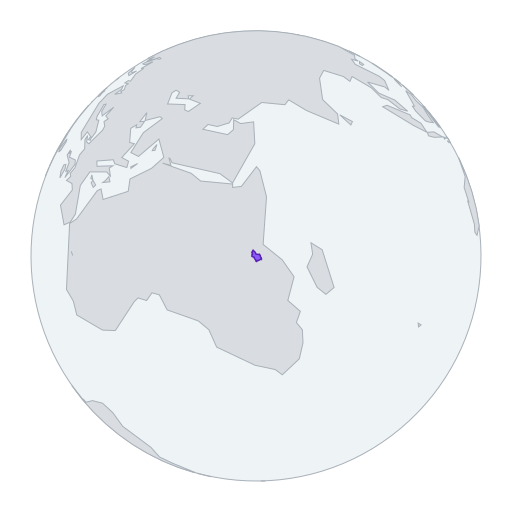 the Earth from above Dodoma, rotated 320°
{"feature_id": "TZA-3385", "entity_name": "Dodoma", "entity_type": "Region", "adm_level": 1, "iso_a3": "TZA", "parent_name": "United Republic of Tanzania", "parent_adm1": "", "projection": "orthographic", "projection_center": [35.912, -5.778], "detail": "fine", "context": "on_globe", "style": "filled", "palette": "violet", "viewbox_px": 512, "rotation_deg": 320, "n_neighbors": 0, "source": "natural_earth", "source_scale": "10m", "svg_char_len": 7550}
<svg xmlns="http://www.w3.org/2000/svg" viewBox="0 0 512 512"><g transform="rotate(320 256 256)"><circle cx="256" cy="256" r="225" fill="#eef3f6" stroke="#a8b0b8"/><path d="M31.6,236.7L31.6,238.5L31.4,247.6L31.1,253.8L31.7,254.8L31.8,258.7L37.8,261.7L43.8,270.1L45.6,283.8L44.4,300.8L52.5,335.0L52.9,348.0L59.2,361.7L70.1,382.5L69.6,382.5L60.5,368.0L52.6,352.9L45.9,337.2L40.3,321.1L36.0,304.6L33.0,287.8L31.2,270.8L30.7,253.7L31.6,236.7ZM70.9,384.4L76.1,391.4L79.8,396.4L70.9,384.4ZM117.9,434.0L115.0,431.5L116.2,432.4L118.5,434.4L117.9,434.0ZM430.7,113.7L430.7,113.8L429.8,112.6L430.7,113.7ZM426.4,108.6L428.9,111.9L433.5,117.5L434.3,118.3L435.8,120.2L439.5,125.5L447.2,136.9L454.0,148.5L460.5,165.6L458.5,168.7L459.6,172.4L455.7,166.8L455.2,172.9L466.0,197.7L467.3,204.3L464.3,214.5L463.4,209.4L453.3,194.4L454.7,210.0L462.5,225.6L465.3,242.6L460.7,235.8L457.5,220.9L453.8,215.2L452.5,201.4L445.0,180.3L440.2,182.6L438.3,174.7L427.2,157.4L419.0,160.6L407.6,179.0L409.8,199.6L404.2,208.2L388.2,177.0L381.4,157.4L375.4,158.7L359.1,142.1L330.3,139.7L326.5,134.9L321.0,136.8L309.6,131.9L303.8,124.4L296.8,124.8L312.3,144.8L319.9,144.7L326.5,137.3L329.4,144.7L340.4,151.7L327.3,169.2L285.0,185.0L281.3,169.7L251.6,130.6L252.7,126.4L252.6,125.9L252.3,125.1L249.1,131.9L244.1,124.8L259.5,151.0L261.8,163.0L284.4,185.9L282.1,188.4L289.5,193.3L313.8,187.9L313.8,193.1L302.1,217.4L268.9,251.7L273.6,275.7L271.8,296.4L251.8,310.5L254.4,326.9L244.2,332.9L244.1,342.3L236.3,352.6L223.1,362.6L199.8,363.9L197.7,355.3L185.1,339.2L167.3,300.5L172.5,282.2L170.1,268.7L153.3,240.2L157.0,223.6L152.6,217.3L143.6,219.8L138.7,212.3L133.3,212.7L100.3,222.7L90.8,214.1L80.8,186.0L87.1,173.1L89.3,159.8L134.1,111.3L142.4,112.3L176.4,103.9L180.4,105.0L175.2,114.4L199.7,124.3L209.0,116.0L232.4,121.7L248.8,121.2L256.8,104.0L230.0,104.2L226.6,96.3L249.0,89.1L272.6,90.5L272.0,87.6L258.1,80.9L264.6,76.0L253.4,78.4L257.2,81.2L250.3,83.1L246.4,80.7L248.9,78.8L242.1,77.7L232.2,87.8L235.0,91.8L216.5,94.3L219.3,101.5L213.9,105.2L207.1,94.6L208.6,90.6L195.1,80.9L191.9,85.1L204.4,94.9L200.1,94.3L195.8,101.2L195.6,95.5L182.8,84.8L166.8,89.0L144.6,107.8L135.7,110.6L129.0,108.7L138.9,91.4L157.8,87.3L161.6,82.2L159.4,76.3L165.3,75.9L166.7,73.3L174.0,72.0L185.9,65.1L193.6,63.8L199.8,56.9L204.5,55.5L199.5,59.8L200.1,62.6L219.3,61.0L223.5,59.4L226.0,55.3L230.9,55.9L230.9,52.2L242.7,50.6L228.2,49.8L230.8,46.0L238.7,43.3L236.9,42.2L224.0,46.9L221.2,49.0L222.9,50.9L213.0,58.1L206.0,59.7L206.6,52.5L196.9,54.5L201.6,49.0L233.6,38.1L246.2,36.6L263.7,40.3L260.0,42.0L251.7,41.3L257.9,44.8L258.1,43.1L262.2,43.9L265.7,41.5L268.8,42.0L266.8,39.1L271.0,39.6L272.2,41.4L280.8,39.2L290.0,40.1L290.4,39.5L288.4,38.5L301.3,40.9L301.1,40.4L296.7,39.3L293.5,37.7L292.8,36.1L297.3,37.0L298.2,37.7L306.8,41.0L308.4,43.3L310.1,43.6L309.8,41.9L299.3,37.8L297.6,36.6L303.2,38.3L301.0,37.6L301.6,37.4L306.4,38.2L300.5,36.4L300.7,35.2L316.7,39.0L332.4,44.1L347.6,50.2L362.4,57.4L376.6,65.7L390.2,75.1L403.1,85.3L415.1,96.5L426.4,108.6ZM117.5,133.7L116.0,137.6L115.9,137.7L117.5,133.7ZM297.0,101.8L311.5,103.3L305.8,92.9L310.9,92.9L307.1,89.7L305.3,92.2L296.2,83.8L302.7,81.5L301.4,77.6L296.5,77.0L286.0,82.7L299.0,94.4L295.3,98.3L297.0,101.8ZM167.4,62.7L169.3,63.6L165.7,66.5L156.0,70.1L161.1,65.6L167.4,62.7ZM172.9,64.3L176.2,57.3L182.3,55.4L178.3,57.5L182.1,57.0L176.6,60.4L179.3,66.3L176.3,69.4L160.0,73.1L167.0,69.8L164.7,68.9L172.9,64.3ZM173.7,48.6L175.2,47.2L186.6,44.8L183.9,46.5L174.1,49.6L171.5,49.4L173.7,48.6ZM230.5,32.2L229.3,32.3L230.5,32.2ZM224.7,32.9L224.9,32.9L219.7,33.7L214.8,34.6L212.0,35.1L211.3,35.4L207.8,36.1L205.9,36.7L200.3,38.0L197.4,39.0L196.4,39.1L193.0,40.5L193.0,40.1L188.5,41.5L190.9,41.2L165.3,49.8L154.8,54.7L171.6,47.1L188.9,41.0L206.6,36.2L224.7,32.9ZM154.2,55.0L145.6,59.6L145.8,59.5L154.2,55.0ZM185.8,101.2L189.0,101.4L194.3,100.6L191.8,105.3L185.8,101.2ZM176.8,93.9L179.8,93.1L178.8,98.6L175.4,98.8L176.8,93.9ZM182.4,88.3L180.1,92.6L179.3,90.4L182.4,88.3ZM202.4,59.1L205.8,58.3L205.8,59.3L203.6,60.9L202.4,59.1ZM239.4,32.9L237.4,32.7L238.7,32.5L238.6,31.8L243.4,31.5L245.3,31.8L239.4,32.9ZM251.7,106.9L246.5,110.2L244.2,108.6L246.5,107.7L251.7,106.9ZM217.3,107.2L224.8,109.1L216.5,108.5L217.3,107.2ZM244.6,32.4L244.1,32.1L246.8,32.2L244.6,32.4ZM246.9,31.3L250.2,31.4L244.0,31.4L246.9,31.3ZM337.1,411.6L338.2,414.9L334.9,414.8L337.1,411.6ZM310.7,293.7L295.6,330.3L284.9,330.3L282.7,319.3L288.1,297.1L300.6,291.0L306.6,281.2L310.7,293.7ZM476.5,290.5L477.0,292.8L476.8,293.8L476.5,290.5ZM476.2,285.5L477.1,287.3L475.6,287.6L476.2,285.5ZM477.4,288.0L478.3,287.4L478.7,286.4L478.4,288.5L477.4,288.0ZM475.4,284.7L468.7,279.5L465.4,274.8L466.8,271.4L472.1,275.3L475.4,284.7ZM466.5,271.1L460.7,257.6L449.0,223.1L453.3,224.8L464.8,247.1L464.2,250.1L467.7,260.3L466.5,271.1ZM478.2,258.1L477.5,267.8L474.3,264.2L472.6,261.3L471.5,247.8L472.1,241.8L473.7,243.0L477.0,225.5L478.7,232.2L478.4,240.0L479.6,249.7L478.2,258.1ZM410.9,201.7L416.3,215.0L412.9,216.6L410.9,201.7ZM476.2,212.5L476.3,220.0L475.5,209.3L476.2,212.5ZM474.4,202.1L475.5,206.8L474.0,201.7L474.4,202.1ZM461.6,178.5L460.0,178.5L458.9,175.3L460.3,173.5L461.6,178.5ZM459.1,158.7L463.0,167.5L464.1,170.3L461.4,164.3L459.1,158.7ZM284.6,33.7L279.4,34.6L278.8,35.9L283.4,37.5L274.6,36.1L275.6,33.9L284.6,33.7ZM265.8,31.3L263.9,31.4L261.7,31.2L265.8,31.3ZM446.5,376.2L438.6,382.2L439.0,378.4L443.7,372.1L453.4,350.2L453.8,351.2L459.5,337.3L467.3,329.6L474.4,311.0L474.0,312.9L468.9,329.5L462.7,345.6L455.2,361.3L446.5,376.2ZM478.7,290.1L477.5,294.9L478.8,288.9L478.8,289.1L478.7,290.1ZM480.9,269.3L480.9,268.5L480.9,269.3ZM480.2,252.8L480.4,259.5L481.0,257.4L480.5,261.7L480.3,273.2L479.8,276.7L480.2,264.3L479.2,275.4L478.8,274.4L479.3,264.1L480.0,253.0L480.4,248.9L481.2,250.2L480.2,252.8ZM480.2,233.7L479.0,224.5L479.0,226.4L478.2,218.9L480.2,233.7ZM477.5,215.3L477.6,216.8L476.9,211.6L477.5,215.3ZM477.0,213.9L475.9,208.3L476.4,209.9L477.0,213.9ZM477.7,215.9L477.7,216.1L477.5,215.1L477.7,215.9ZM472.8,195.8L475.8,206.6L473.8,200.3L468.8,182.9L469.2,183.6L472.8,195.8Z" fill="#d9dde1" stroke="#a8b0b8" stroke-width="1"/><path d="M259.7,256.9L259.6,257.1L259.6,257.3L259.7,258.2L259.5,258.5L259.3,258.6L259.2,259.0L259.1,259.3L259.0,259.5L258.9,259.6L258.8,259.9L258.9,260.6L258.8,260.8L258.5,261.0L258.4,261.4L258.3,261.5L258.4,261.9L258.3,262.1L258.2,262.3L258.2,262.2L257.8,262.1L257.7,262.1L257.6,261.9L257.4,261.7L257.2,261.5L257.1,261.4L256.8,261.3L256.7,261.3L256.3,261.3L256.2,261.3L256.0,261.2L255.9,261.2L255.5,261.1L255.3,261.1L255.2,261.1L254.9,260.9L254.7,260.8L254.5,260.7L254.4,260.7L254.2,260.5L253.9,260.5L253.7,260.5L253.1,260.7L252.8,260.5L252.7,260.1L252.7,259.7L253.2,259.7L253.3,259.4L253.2,258.8L253.2,258.4L253.3,258.3L253.3,258.1L253.2,257.8L253.2,257.5L253.2,257.1L253.3,256.7L253.4,256.4L253.5,256.2L253.6,255.9L253.8,255.7L253.7,255.6L253.6,255.4L253.5,255.2L253.4,255.1L253.2,254.9L253.1,254.7L252.9,254.3L252.8,254.1L252.8,253.8L252.8,253.7L252.7,253.5L252.7,253.4L253.7,252.7L253.8,252.5L253.8,252.4L254.2,252.4L254.4,252.4L254.5,252.3L254.8,251.7L255.0,251.4L255.0,251.2L254.9,251.1L254.9,250.9L255.0,250.9L255.4,250.7L255.5,250.5L255.6,250.4L255.7,250.5L255.8,250.5L256.0,250.4L256.3,250.2L256.5,250.0L257.5,249.7L257.5,250.9L257.6,251.1L257.6,251.3L257.7,251.5L257.8,251.7L257.7,252.5L257.6,253.4L257.5,253.7L257.4,253.9L257.3,254.1L257.3,254.3L257.2,254.6L257.3,254.7L257.4,254.9L257.7,255.1L257.8,255.2L257.9,255.4L258.1,255.6L258.3,255.8L258.6,255.9L258.7,256.1L258.8,256.3L259.0,256.5L259.4,256.8L259.7,256.9Z" fill="#8b5cf6" stroke="#5b21b6" stroke-width="1.5"/></g></svg>